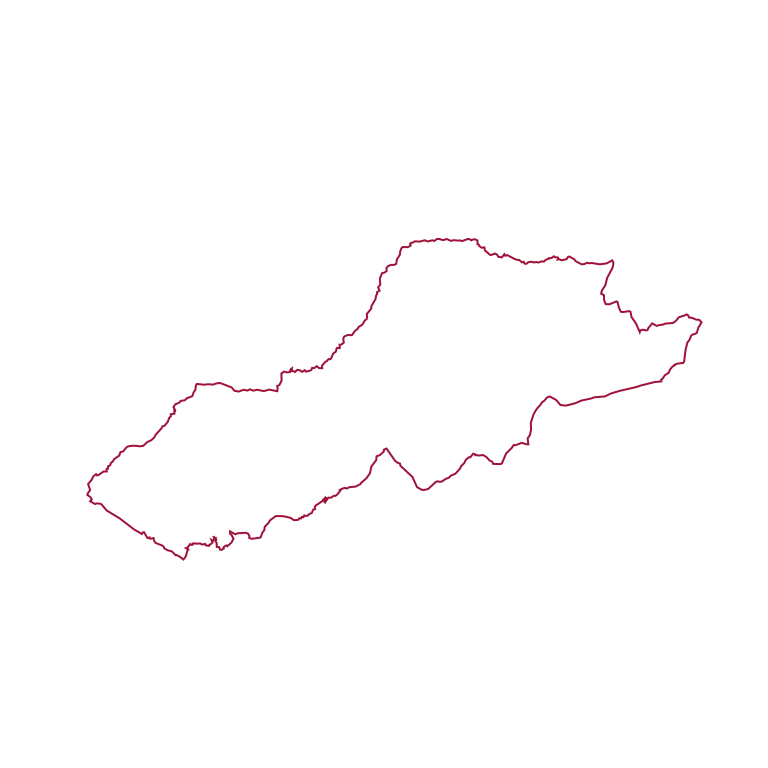 outline of Cerasu, Prahova, Romania, rotated 67°
{"feature_id": "2599482B945049345114", "entity_name": "Cerasu", "entity_type": "district", "adm_level": 2, "iso_a3": "ROU", "parent_name": "Romania", "parent_adm1": "Prahova", "projection": "orthographic", "projection_center": [26.048, 45.399], "detail": "fine", "context": "isolated", "style": "outline", "palette": "rose", "viewbox_px": 768, "rotation_deg": 67, "n_neighbors": 0, "source": "geoboundaries", "source_scale": "gbopen_adm2", "svg_char_len": 6145}
<svg xmlns="http://www.w3.org/2000/svg" viewBox="0 0 768 768"><g transform="rotate(67 384 384)"><path d="M467.2,637.2L465.3,633.9L460.4,629.9L459.9,628.7L457.7,630.4L457.7,628.5L455.6,625.0L457.0,623.9L457.1,622.7L456.1,622.4L456.5,620.8L457.4,619.7L459.0,615.5L460.7,614.2L461.3,611.1L462.8,611.2L464.6,608.4L463.7,607.4L463.9,606.5L462.9,603.8L460.2,603.7L461.6,602.8L460.3,600.6L458.4,600.7L458.4,600.1L459.9,600.1L460.1,599.2L460.7,599.7L460.9,598.7L461.3,600.1L461.8,599.3L463.0,600.6L464.8,600.1L468.6,601.6L469.9,599.4L472.5,599.6L473.3,598.0L472.8,595.7L471.9,595.8L471.1,594.2L471.1,591.9L472.1,591.7L470.4,586.4L467.6,583.0L463.3,583.3L461.8,584.2L459.5,583.3L464.3,579.5L464.2,577.1L466.8,569.7L468.4,567.7L471.1,567.3L473.1,568.2L474.8,566.2L477.0,558.3L476.8,557.3L473.4,554.1L471.8,551.4L468.8,549.5L466.8,544.8L464.8,541.8L463.3,535.1L465.9,529.2L468.1,525.8L470.9,522.1L473.9,520.4L474.8,518.5L475.5,515.8L474.5,514.4L475.4,512.7L474.2,511.5L475.1,510.2L473.8,508.7L475.1,507.2L475.3,505.2L474.6,504.3L474.5,500.9L472.0,498.3L472.2,496.3L470.0,495.7L469.2,494.2L467.6,486.1L466.4,484.8L466.4,483.7L465.5,482.2L466.2,481.8L469.3,484.9L470.0,484.6L466.9,479.7L467.9,477.2L467.3,473.9L468.0,472.4L467.4,470.1L465.2,466.1L464.2,466.1L464.5,464.9L464.0,464.2L464.2,461.1L465.7,458.8L465.4,456.5L467.3,450.3L467.0,444.9L466.1,443.7L464.0,437.2L460.7,431.8L455.0,427.9L451.1,421.0L447.7,419.1L447.8,415.4L446.2,410.8L444.4,409.6L444.4,406.9L459.4,403.7L462.1,402.0L463.4,400.4L465.8,400.8L480.7,394.1L491.9,393.9L496.4,390.3L497.4,387.8L497.9,384.4L494.4,374.5L494.5,372.7L495.6,371.3L496.4,369.0L495.5,364.4L495.6,361.0L494.5,358.3L494.5,353.3L491.4,346.8L489.7,345.1L488.2,341.2L485.6,338.0L484.6,334.3L485.2,333.2L483.0,329.2L483.8,328.1L485.2,327.8L485.0,327.0L486.6,325.4L488.2,320.5L491.4,318.2L495.6,316.7L498.0,314.7L500.2,314.7L503.4,307.7L502.9,306.2L495.6,298.7L492.9,291.7L490.9,288.5L491.7,286.7L492.0,280.3L495.2,276.3L495.9,274.7L490.2,273.0L487.9,269.5L483.0,266.2L477.2,264.1L470.1,257.9L466.5,253.0L464.4,248.3L462.6,245.7L462.0,243.0L460.2,239.4L460.1,236.9L460.6,236.0L465.9,231.8L472.3,229.8L475.0,224.9L476.4,215.7L476.4,208.7L478.4,198.2L478.4,195.6L481.8,185.3L481.4,178.8L482.5,169.2L485.5,152.3L485.7,148.2L488.0,134.0L490.0,127.7L488.3,127.2L488.0,125.6L485.7,122.1L484.9,117.5L482.6,115.3L480.7,111.7L480.5,109.9L479.8,109.2L480.2,108.5L479.8,107.7L479.9,105.8L481.5,100.6L480.7,99.0L470.3,93.0L464.3,88.5L462.9,85.7L459.5,82.3L459.1,80.9L459.4,77.3L459.0,75.9L455.2,72.9L451.3,67.6L448.2,68.7L446.7,71.5L443.2,74.9L442.2,77.1L439.3,77.3L438.1,78.4L438.4,79.6L437.8,86.6L440.0,90.7L440.7,94.2L438.3,101.4L438.3,104.7L437.7,105.6L436.9,110.5L433.0,113.4L435.7,118.7L437.3,120.4L437.1,121.8L435.1,124.6L434.8,127.0L436.2,128.3L426.8,128.4L419.1,130.0L413.8,128.9L412.8,129.7L411.0,136.4L409.9,137.8L405.2,137.9L399.4,137.0L398.8,138.0L398.7,145.4L397.1,148.7L392.5,148.6L388.3,146.8L385.6,148.8L383.0,146.8L379.6,141.7L373.6,137.2L366.5,128.4L363.2,126.0L361.4,125.4L359.3,125.7L360.0,131.7L358.2,138.5L353.7,145.6L353.5,147.1L351.8,149.7L351.8,153.0L351.1,155.3L345.9,159.5L343.4,160.2L339.1,163.6L338.9,164.9L340.4,167.2L339.5,172.3L337.5,174.0L337.3,175.4L336.4,174.4L335.5,174.5L334.3,176.8L332.8,177.8L333.4,179.9L333.2,182.4L332.6,182.9L333.0,184.2L332.9,186.6L333.8,189.0L332.7,191.2L332.5,194.5L331.4,195.8L330.6,198.7L329.1,200.3L328.3,203.7L328.9,205.6L328.7,206.8L328.0,207.6L326.1,207.7L326.0,209.4L322.8,211.0L320.8,214.2L313.4,220.3L313.4,222.2L311.5,222.5L313.5,226.0L311.7,229.0L309.1,229.4L307.3,230.8L307.1,235.0L306.5,236.0L300.5,238.9L297.5,238.2L296.7,240.9L294.0,242.5L292.6,242.3L291.9,243.3L288.4,241.9L286.4,243.6L285.7,245.8L285.8,247.7L284.4,248.3L283.3,250.0L283.0,256.2L281.3,258.2L281.1,259.6L278.9,263.4L278.4,266.5L274.9,269.8L274.9,272.6L273.9,274.5L272.2,276.2L271.2,278.6L272.0,281.9L270.6,283.3L269.8,288.2L267.6,290.3L266.9,295.4L264.7,299.9L265.1,302.3L264.6,304.0L265.3,305.3L266.8,305.2L267.3,306.6L267.2,308.9L265.3,313.2L265.7,314.8L268.2,317.2L271.2,318.9L274.4,323.5L278.2,325.8L278.3,328.1L277.1,331.0L277.0,334.1L278.2,336.4L281.1,337.4L281.6,340.3L281.2,342.5L285.3,346.6L291.1,348.6L292.8,351.7L296.4,351.6L296.7,354.5L298.5,355.2L299.5,356.7L302.6,358.7L307.4,365.2L309.7,366.3L312.8,372.5L316.0,373.4L317.6,374.8L318.0,376.8L320.9,380.8L321.6,385.2L322.8,386.5L323.9,390.2L326.5,394.4L324.7,398.4L324.8,402.1L326.3,403.8L330.3,404.9L331.0,407.8L330.5,409.6L333.5,410.5L333.6,411.2L332.4,412.9L332.6,413.6L335.4,415.7L336.1,418.9L339.9,422.8L340.2,424.1L339.5,424.9L339.7,426.2L340.6,427.4L340.6,429.2L342.9,433.9L345.3,434.7L344.0,437.6L341.3,438.9L342.1,442.1L341.0,443.8L342.6,445.3L342.8,447.5L342.1,451.0L340.3,451.6L340.8,454.7L338.6,456.0L337.1,458.3L338.2,461.3L336.5,462.6L336.0,463.9L333.6,462.6L334.1,464.4L336.3,466.0L335.2,469.2L333.5,471.0L334.2,474.3L340.9,477.0L344.1,480.7L344.1,483.1L346.5,483.6L348.9,485.1L344.3,491.9L343.6,497.4L339.7,503.0L339.1,506.8L336.5,509.6L336.7,512.2L334.4,515.7L334.2,520.7L331.8,524.3L327.6,525.6L318.9,534.6L317.9,538.6L317.8,541.5L315.5,546.0L314.4,549.8L310.8,556.3L311.9,557.8L315.4,559.7L317.4,562.6L320.3,565.2L320.1,571.4L320.9,572.6L321.1,574.0L320.1,577.8L321.1,579.4L321.2,584.3L323.2,586.9L326.7,586.4L327.2,586.8L326.7,587.5L329.4,588.5L328.5,592.1L330.5,592.8L331.2,594.9L334.3,597.8L336.7,602.4L336.4,604.5L337.9,606.2L341.5,614.0L343.5,616.5L344.8,620.2L345.0,624.7L346.9,629.9L345.7,633.8L344.6,635.2L342.7,639.3L341.5,643.5L341.6,645.6L344.1,650.5L343.7,653.2L346.4,655.7L347.8,662.0L349.2,663.7L350.0,666.2L351.8,667.8L351.9,670.1L354.0,671.0L353.8,672.6L356.2,673.4L355.0,676.3L356.3,683.1L355.9,683.9L354.5,684.2L355.5,687.8L357.9,690.4L360.5,695.5L366.7,695.9L368.9,699.4L370.2,700.4L373.3,698.5L376.0,698.0L377.0,700.3L381.6,696.9L381.6,695.3L383.1,692.2L384.5,691.0L392.1,688.7L404.1,680.0L420.0,671.0L427.5,665.5L426.5,664.6L426.5,662.9L433.4,661.9L433.6,659.9L434.3,660.2L435.4,659.0L435.8,656.3L438.6,656.9L441.0,656.4L446.0,651.3L447.5,650.4L449.6,650.4L452.4,648.2L455.2,644.7L460.2,642.7L460.2,642.0L462.5,639.9L467.2,637.2Z" fill="none" stroke="#9f1239" stroke-width="2"/></g></svg>